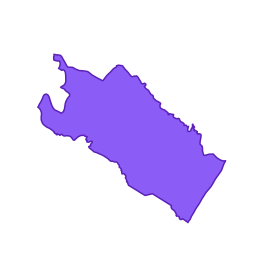 outline of Kaoh Thum, Kândal, Cambodia, rotated 122°
{"feature_id": "14789045B38672734120910", "entity_name": "Kaoh Thum", "entity_type": "district", "adm_level": 2, "iso_a3": "KHM", "parent_name": "Cambodia", "parent_adm1": "Kândal", "projection": "mercator", "projection_center": [105.071, 11.071], "detail": "fine", "context": "isolated", "style": "filled", "palette": "violet", "viewbox_px": 256, "rotation_deg": 122, "n_neighbors": 0, "source": "geoboundaries", "source_scale": "gbopen_adm2", "svg_char_len": 5837}
<svg xmlns="http://www.w3.org/2000/svg" viewBox="0 0 256 256"><g transform="rotate(122 128 128)"><path d="M176.3,27.1L175.4,27.2L173.4,27.0L172.1,26.9L171.1,27.1L170.0,27.3L169.0,27.4L163.0,27.5L162.0,27.7L157.6,27.6L155.7,27.5L153.7,27.5L151.9,27.6L149.8,27.7L148.0,27.8L146.6,27.7L143.2,27.7L141.6,27.7L135.5,26.8L134.0,26.6L130.1,26.6L126.4,26.8L124.8,26.8L122.1,26.7L118.0,26.4L116.1,26.3L114.2,26.3L112.7,26.6L110.0,27.2L108.5,27.5L106.1,27.8L104.8,27.7L104.2,28.0L104.9,28.9L105.6,30.2L106.2,32.6L106.2,36.6L105.8,38.4L105.5,39.8L104.9,41.8L107.1,45.2L109.8,47.6L110.5,48.5L110.9,49.1L110.3,50.2L108.4,52.2L107.3,53.1L104.9,54.7L104.3,55.4L103.9,56.3L103.8,57.0L103.7,57.7L103.3,58.5L102.5,59.0L100.8,59.9L99.4,60.4L98.3,60.8L95.7,62.0L95.0,62.6L94.8,63.2L95.0,64.0L95.3,64.8L96.0,65.2L96.1,66.1L95.6,66.3L95.5,67.1L95.3,67.5L94.9,67.5L94.6,67.3L94.3,67.4L94.3,68.2L95.0,70.5L94.2,70.5L93.8,71.0L93.9,71.7L93.8,72.1L93.4,72.4L93.0,72.6L92.5,72.4L92.0,72.1L91.6,72.6L91.7,73.2L91.4,73.9L91.2,74.2L90.8,74.6L90.5,74.9L90.7,75.2L91.1,75.1L91.4,74.9L91.9,74.4L92.6,74.1L93.5,73.8L95.3,73.9L96.6,73.5L97.2,73.4L98.0,73.8L99.0,74.9L98.8,75.3L98.7,75.7L98.3,76.3L97.0,76.8L96.3,77.0L94.7,77.6L95.4,78.5L95.5,78.8L94.9,80.1L94.9,80.5L95.4,81.1L95.9,81.7L95.8,82.2L95.2,82.4L94.7,82.8L94.5,83.2L94.5,84.6L94.6,86.5L94.6,86.9L94.5,87.3L93.0,89.5L93.1,90.2L94.1,91.3L94.6,92.5L94.7,94.5L94.6,95.1L94.3,95.7L93.6,96.2L92.7,96.2L92.5,96.6L92.6,97.2L93.1,97.9L93.4,98.7L93.5,99.4L93.7,100.1L94.1,100.4L95.0,100.4L95.2,100.7L95.1,101.3L94.7,101.3L94.1,101.8L93.9,102.4L93.8,103.1L93.6,103.9L93.7,104.2L93.6,104.7L93.4,105.6L93.4,106.4L93.4,107.0L93.7,107.8L93.8,108.4L93.9,110.4L93.8,111.1L93.5,111.5L92.9,112.2L91.5,113.1L90.6,113.1L90.0,113.3L89.8,113.6L89.6,114.6L89.7,116.3L89.7,117.1L89.9,117.9L89.9,118.6L89.8,119.2L89.5,120.5L89.3,121.7L89.1,122.3L88.7,122.7L88.2,123.0L87.5,123.6L87.2,124.3L87.2,124.7L87.3,125.7L87.2,126.8L86.4,128.3L85.4,130.3L85.2,131.0L85.2,132.7L85.0,133.9L84.8,134.7L84.4,135.8L84.1,136.1L83.4,136.0L82.9,135.6L82.1,135.6L81.3,136.3L81.2,136.8L81.2,137.3L81.3,137.7L82.6,138.7L82.9,139.2L82.9,140.2L82.7,140.9L82.0,141.8L80.8,144.3L79.8,146.1L79.5,147.0L79.3,148.1L79.4,148.6L79.7,148.8L80.2,149.0L80.4,149.8L80.7,150.3L81.1,150.6L81.4,150.7L81.9,151.1L82.2,151.6L82.4,152.7L81.7,155.2L81.3,156.1L81.0,156.8L80.6,158.0L80.0,160.4L79.9,161.2L79.0,163.5L78.2,165.4L78.4,166.3L79.0,167.7L79.3,168.2L79.4,168.7L79.9,169.5L80.2,169.8L80.5,170.0L80.8,170.3L81.3,170.7L82.0,170.2L82.5,170.3L85.1,171.6L86.7,172.0L88.6,172.3L90.3,172.6L92.2,173.2L94.4,173.7L97.6,174.1L100.7,174.2L101.3,174.9L101.5,175.8L101.5,176.8L101.8,179.8L102.0,183.3L102.1,185.7L101.9,188.2L101.6,190.0L101.5,191.9L101.9,193.2L102.5,194.6L103.2,196.1L105.1,199.8L105.5,201.9L105.9,204.3L105.8,206.4L106.2,207.8L107.1,209.1L108.0,210.9L108.1,212.0L106.3,215.3L105.2,217.3L104.0,219.6L102.8,221.7L102.2,223.5L102.4,224.2L102.7,225.3L103.6,226.9L104.2,228.5L104.8,229.7L105.4,229.2L106.0,229.0L107.1,228.8L107.8,228.2L109.1,227.4L109.5,227.0L109.6,226.5L109.4,226.1L109.3,225.6L109.2,224.8L108.5,223.3L107.8,222.2L107.6,221.7L107.7,221.3L108.6,220.4L108.9,219.9L109.4,219.5L110.6,219.1L111.6,218.7L112.6,218.5L113.4,218.4L114.3,218.3L114.1,216.9L114.3,215.1L113.9,214.6L113.3,214.1L112.8,213.3L113.0,212.3L113.4,211.6L113.9,210.8L114.6,210.1L117.0,208.3L120.0,206.3L122.1,205.2L124.4,204.8L125.7,205.1L127.2,205.8L128.4,206.5L129.1,206.6L129.2,206.2L129.1,204.8L128.9,204.1L128.7,203.1L129.0,201.9L129.4,200.9L129.6,199.8L129.6,198.8L129.8,196.7L129.8,195.9L130.6,195.4L131.7,194.5L133.6,194.9L135.1,195.0L138.6,194.7L140.6,194.1L145.0,192.2L146.4,191.8L148.2,191.5L150.0,191.9L150.7,192.4L151.1,196.8L151.4,198.8L151.4,200.2L150.7,202.0L149.7,203.9L148.4,205.6L145.8,208.7L144.4,210.3L143.3,211.7L142.4,213.4L142.4,214.6L142.7,215.4L143.1,215.9L144.0,216.5L145.0,216.7L145.9,216.7L149.2,216.1L152.0,215.8L154.1,215.8L156.4,215.6L158.1,215.4L158.1,214.8L158.5,213.0L159.1,211.8L160.5,209.9L161.8,208.8L164.8,207.4L167.2,205.8L168.2,204.6L169.3,203.0L169.9,201.4L170.1,199.4L170.3,197.7L169.9,194.1L170.0,192.0L170.3,188.8L170.9,188.5L171.1,187.9L171.3,187.6L171.2,187.2L171.1,186.6L171.2,186.1L171.5,185.5L171.6,185.1L171.3,184.7L170.8,185.1L170.5,185.0L170.3,184.4L170.1,182.9L170.4,182.3L170.1,181.8L169.5,181.6L169.0,181.4L168.5,180.9L168.4,180.4L168.7,179.9L168.7,178.5L168.5,177.7L167.0,175.8L166.5,174.9L166.1,174.0L165.7,172.8L165.8,171.6L166.1,170.7L167.1,168.3L167.1,168.0L167.1,167.6L167.0,167.2L166.5,166.9L162.6,165.9L161.5,165.4L160.5,164.8L159.3,164.0L158.6,163.0L157.5,161.3L157.8,159.9L157.4,159.2L157.2,158.6L157.1,158.1L157.8,157.9L158.7,157.9L159.6,157.8L160.3,157.3L160.5,156.7L160.1,156.2L160.4,155.9L160.9,155.8L161.5,155.6L161.4,155.1L161.2,154.4L161.0,154.0L158.5,152.0L158.4,151.4L158.6,151.0L159.7,150.8L161.4,151.0L162.2,150.9L163.0,150.3L163.5,150.6L164.2,151.3L164.6,151.4L165.0,151.1L165.4,150.1L165.6,148.9L165.6,148.1L166.2,144.4L166.0,143.2L165.6,142.0L165.4,140.9L164.9,137.2L164.6,135.6L164.5,133.9L164.6,128.9L165.2,126.3L165.3,125.4L165.2,124.9L164.9,124.3L164.4,123.7L164.3,123.4L164.2,122.7L164.1,121.8L163.3,120.4L163.1,120.0L162.9,119.3L163.0,118.5L163.7,117.4L164.4,115.5L164.8,115.1L165.4,115.0L165.8,114.7L166.2,112.2L166.5,111.7L167.4,111.6L167.7,111.3L167.7,110.7L168.9,109.8L169.7,109.2L170.0,108.7L169.6,108.1L169.2,107.7L168.8,107.0L169.4,105.5L169.5,104.8L170.5,103.8L171.4,104.0L172.2,102.8L172.7,102.0L173.0,101.4L173.5,100.9L174.2,100.8L174.4,100.5L174.2,99.9L176.3,97.2L176.2,79.6L176.1,77.7L170.8,72.4L170.8,50.0L172.1,49.6L172.7,49.0L173.1,48.2L173.4,47.3L173.6,44.8L174.0,43.9L174.7,42.6L175.6,41.1L176.6,40.9L177.0,40.1L176.4,39.3L176.2,38.7L176.2,37.7L177.2,36.7L177.6,36.2L177.8,35.5L177.6,34.6L177.1,34.1L176.0,33.7L176.3,27.1Z" fill="#8b5cf6" stroke="#5b21b6" stroke-width="1.5"/></g></svg>